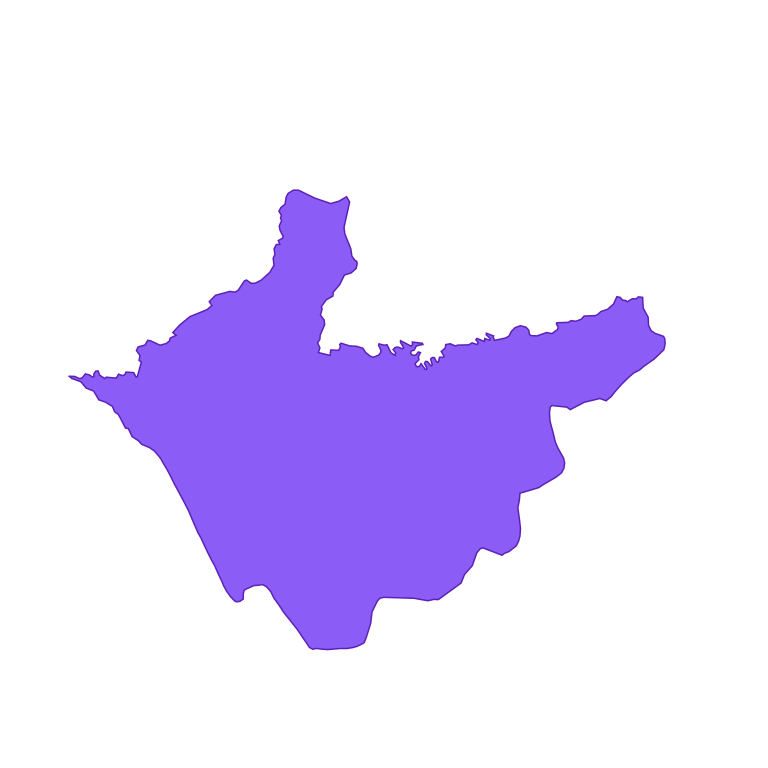 Kabeya-Kamwanga, Kasaï-Oriental, Democratic Republic of the Congo, rotated 239°
{"feature_id": "63176286B62322725812229", "entity_name": "Kabeya-Kamwanga", "entity_type": "district", "adm_level": 2, "iso_a3": "COD", "parent_name": "Democratic Republic of the Congo", "parent_adm1": "Kasaï-Oriental", "projection": "mercator", "projection_center": [23.234, -6.028], "detail": "fine", "context": "isolated", "style": "filled", "palette": "violet", "viewbox_px": 768, "rotation_deg": 239, "n_neighbors": 0, "source": "geoboundaries", "source_scale": "gbopen_adm2", "svg_char_len": 5151}
<svg xmlns="http://www.w3.org/2000/svg" viewBox="0 0 768 768"><g transform="rotate(239 384 384)"><path d="M325.1,650.3L327.7,646.8L327.1,644.1L329.2,640.7L329.2,634.8L331.0,634.3L333.0,631.7L336.7,631.0L338.9,628.6L334.3,621.9L333.1,615.2L332.9,613.7L334.4,607.3L333.5,602.8L333.8,600.3L339.2,590.5L337.9,586.4L339.0,580.7L342.0,577.0L341.8,574.0L347.5,563.7L346.6,562.6L343.1,562.7L341.4,560.9L340.7,554.0L344.4,549.8L346.4,540.0L346.8,539.4L349.9,534.8L351.9,534.3L355.4,535.8L359.5,535.0L363.7,531.0L364.8,525.4L363.5,520.2L360.8,516.0L360.8,511.9L363.1,505.2L364.5,501.2L368.3,501.8L368.7,502.7L373.5,498.9L374.8,497.9L373.7,497.0L370.9,497.7L368.3,498.4L367.7,497.8L367.1,497.1L371.1,493.8L368.7,492.0L375.2,487.2L374.6,485.5L371.3,486.1L369.8,484.2L373.9,480.7L373.9,476.8L379.4,467.2L379.8,464.8L384.4,461.5L386.0,457.2L383.3,455.0L382.4,449.8L376.9,449.8L376.3,448.9L378.3,445.4L374.7,441.7L376.2,440.4L380.6,440.8L381.4,439.8L381.8,439.1L381.5,436.9L376.9,435.6L375.4,435.2L375.2,433.7L380.8,432.8L381.9,431.4L380.9,429.3L375.4,428.9L375.3,428.7L374.7,427.8L375.3,426.9L382.4,426.2L380.8,423.4L382.1,420.8L385.4,421.0L386.8,426.4L387.8,426.8L389.8,427.7L392.1,431.4L393.8,429.9L392.5,426.6L393.1,424.2L395.1,422.7L397.3,423.1L398.2,424.5L397.5,427.3L400.0,431.4L397.8,437.7L399.1,437.9L405.4,429.9L403.2,428.8L402.4,426.8L405.5,424.9L412.6,420.5L411.9,420.0L411.3,419.6L405.2,419.6L404.5,418.1L408.5,415.0L409.6,412.4L408.9,409.6L404.7,410.0L402.8,408.3L407.1,406.1L411.2,406.4L416.1,406.8L417.2,404.1L421.0,400.4L420.1,399.3L414.4,398.7L412.6,397.2L411.5,394.3L412.4,388.7L414.6,386.7L420.5,384.5L425.6,384.3L430.6,379.7L434.3,374.2L441.1,368.2L440.7,366.4L438.2,365.7L436.2,362.5L440.6,355.9L436.3,352.5L442.8,345.9L444.8,344.0L447.9,347.6L453.4,348.3L455.3,352.0L458.9,354.6L465.4,363.7L469.8,365.7L473.7,365.2L475.8,365.0L480.2,369.6L482.6,370.2L485.9,377.9L485.7,385.5L488.8,387.7L492.1,397.4L497.8,406.2L496.1,413.3L496.4,414.3L497.4,419.7L501.1,423.1L503.3,423.8L504.8,422.8L510.2,422.3L512.5,423.3L517.1,425.2L521.7,426.0L524.0,426.3L533.1,427.8L535.0,428.7L536.9,429.5L538.8,430.4L540.9,432.4L543.0,434.3L545.1,436.3L547.2,438.3L549.2,440.2L551.3,442.2L553.4,444.2L557.8,448.3L559.8,448.3L563.8,448.3L563.9,439.6L566.1,431.3L579.0,420.4L594.2,410.5L596.8,406.2L596.8,400.1L594.6,396.4L589.1,391.8L588.4,386.6L586.2,382.9L581.4,382.9L579.4,380.7L576.8,380.3L573.3,375.5L569.1,374.0L564.4,373.7L563.1,373.7L562.5,373.6L561.2,372.1L561.4,367.3L557.4,366.6L559.0,363.5L556.5,359.4L551.3,357.3L548.9,353.8L542.5,350.9L538.5,343.6L536.3,332.4L536.7,325.7L538.7,322.0L544.0,319.6L544.2,317.2L539.6,307.6L539.3,303.9L540.3,302.6L542.8,299.5L544.0,295.1L546.8,285.3L544.6,276.6L539.9,276.9L539.4,273.8L538.9,270.5L541.7,252.3L539.7,238.9L536.8,229.4L532.8,230.9L533.5,224.4L531.3,222.0L530.9,218.1L532.6,212.0L536.6,209.3L541.4,206.1L543.1,203.9L540.5,199.3L542.4,192.3L540.2,189.0L534.1,189.5L530.4,186.2L527.7,187.3L517.2,176.2L517.8,175.1L522.7,175.3L527.1,169.0L525.5,166.5L525.8,164.2L529.1,161.6L527.0,157.5L532.9,149.4L532.5,147.5L536.8,145.4L538.0,144.8L542.4,145.7L543.4,143.6L543.5,143.5L542.0,140.4L539.7,139.1L540.2,137.6L543.3,136.3L546.5,133.2L544.6,128.2L545.6,125.6L549.8,122.8L552.1,119.2L553.1,117.7L551.1,118.9L549.6,119.1L548.6,120.0L541.9,125.4L538.3,125.9L533.9,126.6L527.5,131.5L527.1,131.5L517.3,131.4L511.9,135.9L504.6,139.7L499.1,138.8L494.6,140.6L490.1,140.4L482.2,139.9L479.4,139.7L477.4,141.9L468.6,141.0L461.8,144.3L457.2,145.2L450.2,150.3L444.7,152.7L437.7,153.9L434.4,154.2L430.2,154.0L423.7,154.0L416.6,153.7L406.2,152.8L402.7,152.7L394.8,152.3L386.4,151.9L376.1,151.2L368.6,150.1L352.0,147.9L346.3,147.8L338.3,146.9L330.0,146.1L322.1,145.5L315.5,145.3L311.8,144.8L305.1,144.0L298.7,143.4L293.4,142.6L287.5,142.4L280.7,142.9L275.1,144.2L273.3,145.3L271.9,148.5L272.2,152.7L276.2,155.0L279.2,157.8L279.2,160.7L278.2,168.6L275.9,173.4L274.5,176.7L270.6,178.9L264.2,180.0L257.1,179.4L248.8,180.1L240.0,180.4L230.4,181.7L217.8,183.3L208.7,183.7L203.8,184.1L196.6,184.4L193.4,186.3L192.0,190.1L188.7,194.2L185.4,198.9L179.6,210.7L176.5,215.7L174.2,221.4L173.0,225.7L172.5,230.6L172.5,233.8L175.9,238.3L185.8,249.4L194.8,256.3L200.2,264.7L201.4,266.5L202.5,270.2L202.2,270.9L201.4,273.7L185.0,299.2L175.6,310.0L173.7,315.8L171.2,319.6L173.7,347.6L178.8,354.3L179.2,354.8L182.8,366.1L191.5,376.6L193.3,381.8L192.5,384.4L186.3,389.3L176.5,396.9L176.8,400.2L176.0,404.9L177.1,413.8L179.7,418.1L183.6,422.2L189.7,426.5L198.5,430.5L209.0,435.0L214.7,440.2L220.4,444.3L218.0,453.4L215.5,463.2L215.6,465.6L215.8,470.4L215.7,473.6L215.6,478.2L215.6,484.3L216.5,490.6L219.1,494.8L223.3,498.2L228.2,499.8L233.7,499.9L239.2,500.1L245.7,500.9L256.2,504.2L262.0,505.8L267.0,507.3L274.1,511.0L278.7,514.7L279.0,516.9L270.0,528.8L267.2,530.0L266.1,530.4L265.2,546.3L260.4,561.5L255.2,565.8L255.6,568.0L256.2,572.3L258.2,577.4L261.3,587.2L263.7,597.2L264.8,603.6L264.4,610.6L265.3,615.7L265.7,620.3L266.2,628.2L268.2,637.0L269.2,641.4L271.6,643.9L274.0,645.9L278.3,648.0L280.9,648.1L283.8,645.8L287.6,642.5L292.1,640.5L297.9,640.9L305.1,644.8L315.6,645.3L325.1,650.3Z" fill="#8b5cf6" stroke="#5b21b6" stroke-width="1.5"/></g></svg>